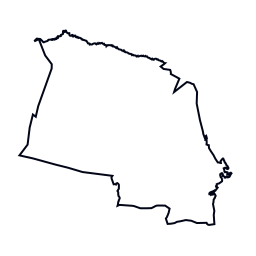 outline of Zitlala, Guerrero, Mexico, rotated 274°
{"feature_id": "50627088B63332967359881", "entity_name": "Zitlala", "entity_type": "district", "adm_level": 2, "iso_a3": "MEX", "parent_name": "Mexico", "parent_adm1": "Guerrero", "projection": "albers", "projection_center": [-99.152, 17.747], "detail": "fine", "context": "isolated", "style": "outline", "palette": "ink", "viewbox_px": 256, "rotation_deg": 274, "n_neighbors": 0, "source": "geoboundaries", "source_scale": "gbopen_adm2", "svg_char_len": 5752}
<svg xmlns="http://www.w3.org/2000/svg" viewBox="0 0 256 256"><g transform="rotate(274 128 128)"><path d="M176.2,190.4L176.6,188.5L177.4,186.8L178.0,183.6L167.1,171.5L170.5,172.3L180.8,175.8L184.8,167.0L185.6,167.0L187.5,166.6L188.9,166.0L189.4,159.4L191.6,156.3L194.0,159.2L195.3,160.5L195.4,159.5L197.1,157.6L197.2,157.4L196.7,157.0L196.7,156.7L197.2,156.0L197.2,155.7L197.6,155.2L197.6,154.4L197.9,153.6L198.5,153.2L198.5,152.9L198.3,152.5L198.3,152.2L198.8,151.9L199.1,150.9L198.6,149.1L198.4,148.9L197.9,148.8L198.1,148.2L198.0,147.5L198.7,147.3L198.3,146.6L198.6,146.3L198.5,146.0L198.7,145.3L199.4,144.6L199.4,143.7L199.8,142.8L200.7,142.1L200.5,141.1L200.7,140.6L201.1,140.4L200.6,139.5L200.8,138.5L201.2,138.2L201.0,137.7L200.9,137.6L200.7,137.2L201.0,137.0L201.1,136.6L200.9,136.2L200.9,135.5L200.0,133.2L200.2,132.9L200.7,132.7L199.9,131.6L200.0,131.4L200.5,131.2L200.8,130.6L200.9,129.7L200.8,128.7L201.3,128.2L201.4,127.6L200.9,126.9L201.1,126.7L201.7,126.7L201.9,126.0L202.1,125.8L202.1,124.3L202.4,123.9L202.4,123.3L203.0,122.7L203.4,121.6L203.4,120.0L203.5,119.8L204.1,119.6L204.2,118.5L204.9,118.6L205.2,118.4L204.8,117.7L204.7,117.0L204.9,116.4L205.5,115.9L205.9,113.4L206.7,112.2L207.9,111.3L207.5,110.8L207.0,110.9L206.9,110.8L207.8,109.6L208.3,108.5L208.3,107.0L208.4,106.9L208.8,107.0L209.2,107.0L209.3,106.6L209.1,105.8L209.5,105.7L209.4,105.2L209.3,102.2L208.8,101.9L208.8,101.1L208.2,100.7L208.9,100.5L209.3,100.1L209.2,98.8L209.4,98.5L210.4,98.2L210.3,96.8L211.1,96.1L210.9,95.2L210.4,94.5L210.8,93.8L210.1,93.1L209.9,92.6L210.6,92.1L209.9,91.5L209.2,90.6L209.3,90.4L209.6,90.4L210.1,90.0L210.1,88.6L209.4,86.9L209.0,86.6L208.7,85.6L209.0,84.6L208.7,84.4L208.6,84.1L209.2,84.0L209.5,83.8L209.6,83.1L209.5,82.4L209.7,82.1L210.5,81.7L211.5,80.7L211.9,80.6L212.1,80.3L212.3,79.2L212.6,78.6L212.7,77.2L213.3,76.5L213.3,76.3L213.0,76.1L213.2,75.5L214.0,75.2L214.7,73.5L214.6,73.0L214.3,72.5L214.4,72.1L214.5,72.0L215.0,71.9L215.4,71.5L215.4,70.9L214.8,70.6L215.1,69.6L215.7,69.5L216.5,69.0L216.5,68.5L216.0,68.0L215.5,67.3L215.5,66.4L215.8,66.3L216.7,66.5L217.0,66.3L217.0,66.1L216.8,65.5L216.0,64.6L216.0,63.8L216.6,63.2L216.9,63.0L218.5,62.9L218.6,62.6L218.3,62.0L218.4,61.0L219.5,59.9L219.8,59.8L220.1,59.5L220.7,59.4L220.9,59.1L220.8,58.7L220.4,58.2L220.2,58.2L219.7,58.4L219.4,58.3L219.3,58.0L219.4,57.6L220.4,57.0L220.4,56.7L219.9,56.4L218.8,56.6L218.6,56.5L218.2,56.4L217.6,56.7L217.3,56.6L216.7,55.7L216.1,54.5L215.8,54.4L215.1,54.6L214.9,54.3L214.8,53.4L214.6,53.0L214.8,52.1L214.7,51.6L214.2,51.3L213.3,51.9L212.8,51.8L212.6,51.5L212.9,50.9L212.9,50.3L212.5,50.2L211.7,50.1L211.6,49.8L212.0,49.4L212.0,49.0L211.9,48.7L211.1,48.6L211.0,48.4L211.0,48.0L211.3,47.7L211.6,47.0L211.5,46.6L210.8,46.6L210.5,46.2L210.5,45.9L211.0,45.3L210.6,43.8L210.6,42.9L210.2,42.2L209.3,41.8L207.9,38.3L207.6,38.0L208.0,37.1L208.6,36.7L209.1,36.2L209.2,35.7L209.8,35.3L209.9,34.6L210.5,34.5L210.6,34.4L210.8,30.8L208.8,29.0L208.3,28.8L207.9,28.5L210.4,32.8L194.6,40.3L186.3,47.5L182.0,47.7L143.5,36.9L132.8,35.2L134.8,32.2L121.6,29.9L104.4,29.0L93.1,21.6L91.0,35.5L86.4,58.4L84.2,70.9L80.9,85.7L79.2,115.8L77.7,115.0L76.6,115.1L70.9,117.6L71.1,118.1L70.8,119.9L71.2,119.9L71.8,120.2L72.3,121.1L72.2,121.3L71.5,122.3L71.0,122.7L70.4,122.9L66.7,123.1L65.8,122.5L64.9,122.3L64.6,121.9L64.4,121.9L63.3,122.7L62.6,122.8L60.8,122.9L60.3,123.2L59.6,123.2L58.7,124.0L58.0,124.5L57.5,124.6L56.1,124.3L55.7,124.2L55.3,123.8L54.3,123.8L53.5,123.4L51.2,123.3L49.7,123.0L50.7,124.9L50.7,137.9L50.5,139.6L48.8,145.9L49.1,150.8L49.7,157.0L52.4,161.5L52.7,162.9L53.2,170.4L50.5,175.1L46.5,174.5L45.0,174.1L41.8,173.0L40.3,172.1L35.1,174.2L35.5,177.4L36.4,181.1L37.8,183.3L38.6,186.7L40.2,192.1L39.9,197.6L38.0,203.4L38.9,213.0L37.7,213.7L37.1,214.7L37.0,215.8L38.1,220.9L47.2,219.6L51.4,219.9L58.1,218.1L59.6,218.4L62.7,218.5L63.6,219.1L63.9,219.1L64.1,219.4L65.6,219.8L66.4,220.2L66.9,220.0L68.6,218.8L67.8,218.6L67.8,217.8L67.5,217.2L67.3,216.1L68.3,216.5L68.1,216.1L67.5,215.6L67.8,215.5L67.6,214.5L67.6,213.8L68.3,213.7L68.7,213.8L69.4,214.4L70.1,215.6L70.2,215.9L69.9,216.0L69.9,216.3L70.2,216.7L70.0,217.3L69.7,217.6L70.4,217.2L71.1,217.6L71.0,217.8L71.2,218.8L71.9,219.1L71.7,219.6L73.3,220.6L73.7,220.9L74.3,220.9L74.5,221.1L74.5,221.3L74.8,221.6L75.0,221.4L75.0,220.4L75.7,220.2L75.8,219.9L76.1,219.8L76.3,220.1L76.0,220.5L76.7,220.6L78.0,220.4L78.1,220.7L78.5,220.9L78.7,221.7L79.1,222.8L81.4,225.5L82.3,225.6L84.5,225.0L84.9,224.7L85.3,224.0L85.9,223.7L86.6,223.6L87.0,223.3L87.7,223.5L88.1,223.2L88.3,223.2L88.8,224.3L89.4,224.4L89.5,224.8L89.4,225.2L88.7,225.7L88.1,225.9L86.8,225.8L86.8,226.0L87.1,226.3L86.5,226.9L85.7,228.3L85.3,228.2L85.3,228.9L86.1,229.4L86.2,230.4L86.1,230.7L85.7,231.1L85.9,231.6L86.3,231.9L86.3,232.5L86.8,232.9L87.4,233.0L87.9,233.3L88.5,233.5L90.0,234.4L90.4,233.9L90.2,233.8L90.2,233.1L89.5,232.8L89.7,232.3L89.1,232.0L88.7,231.4L88.4,231.3L88.4,230.4L88.6,230.5L89.2,230.2L90.6,230.4L90.9,229.8L90.9,228.4L90.6,227.9L90.9,227.5L91.4,227.2L92.7,227.0L93.7,226.7L94.2,226.3L94.5,226.3L94.7,227.3L95.1,227.5L95.2,227.8L95.2,228.4L95.1,228.9L94.2,229.3L94.0,230.3L94.2,230.6L94.5,230.9L95.1,231.0L95.8,230.5L96.0,230.5L96.3,230.2L97.0,229.9L97.4,229.3L97.9,228.7L98.5,228.6L99.0,228.2L99.3,227.8L99.9,227.4L100.2,227.5L101.1,226.5L102.4,226.2L102.6,225.8L104.1,225.2L104.2,224.8L104.1,224.6L101.7,222.8L101.4,222.8L99.6,223.1L99.6,222.4L100.0,221.5L99.9,220.0L103.4,217.3L106.9,215.2L110.6,212.3L113.6,210.2L116.5,209.8L116.6,208.5L117.1,208.0L117.1,207.5L119.2,207.5L121.7,207.2L121.5,206.0L122.6,205.9L122.7,206.5L123.2,206.4L123.4,207.3L124.2,207.1L125.7,206.5L124.9,205.5L124.1,205.0L127.2,203.6L130.0,202.9L141.0,199.2L157.2,194.8L168.7,194.4L176.2,190.4Z" fill="none" stroke="#020617" stroke-width="2"/></g></svg>